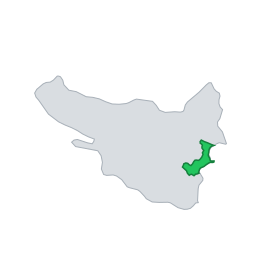 location of La Estrelleta within Dominican Republic, rotated 195°
{"feature_id": "DOM-1972", "entity_name": "La Estrelleta", "entity_type": "Province", "adm_level": 1, "iso_a3": "DOM", "parent_name": "Dominican Republic", "parent_adm1": "", "projection": "mercator", "projection_center": [-71.627, 18.975], "detail": "fine", "context": "in_parent", "style": "filled", "palette": "green", "viewbox_px": 256, "rotation_deg": 195, "n_neighbors": 0, "source": "natural_earth", "source_scale": "10m", "svg_char_len": 2262}
<svg xmlns="http://www.w3.org/2000/svg" viewBox="0 0 256 256"><g transform="rotate(195 128 128)"><path d="M41.4,170.2L41.7,160.8L43.1,157.0L41.8,153.0L35.8,148.7L32.1,143.2L28.8,138.3L29.6,137.6L36.1,137.4L38.4,135.6L42.8,130.6L43.7,126.6L43.3,123.6L40.4,119.9L39.3,116.1L42.8,112.7L47.4,107.8L48.1,106.0L48.0,104.1L42.6,98.9L42.2,96.7L44.7,91.1L44.5,87.4L42.0,75.8L40.8,74.1L43.2,73.1L44.8,69.7L46.9,66.6L49.7,64.9L52.8,63.9L59.1,64.0L67.8,66.7L70.3,66.6L78.6,64.2L85.5,62.8L92.0,64.4L94.7,66.5L100.0,69.8L102.7,70.8L111.2,70.7L113.6,71.0L120.7,76.5L126.7,78.7L130.2,78.8L136.4,76.7L139.5,76.8L143.1,81.5L143.8,88.2L146.8,94.3L151.3,98.2L173.8,96.5L178.8,99.7L177.0,102.4L173.9,103.8L163.2,103.2L158.5,103.5L157.6,106.1L157.6,108.6L163.8,109.2L169.9,110.4L176.2,112.4L182.5,113.7L189.7,114.6L196.7,116.0L208.4,120.8L221.4,131.7L224.9,134.1L227.2,137.6L226.1,141.8L221.4,148.6L218.8,150.8L215.0,152.2L212.4,155.0L209.8,159.8L208.3,160.2L206.5,160.0L203.4,157.3L201.1,153.1L194.9,149.2L187.4,149.7L176.5,147.4L169.9,148.5L163.2,148.7L156.4,147.6L149.6,147.1L142.8,148.6L136.2,151.1L133.8,152.7L129.5,156.6L127.3,158.1L111.2,160.1L106.6,157.2L102.3,153.3L96.1,152.7L87.1,155.8L81.5,156.9L79.2,158.2L78.6,159.7L78.6,165.1L77.3,168.5L68.6,181.0L63.6,189.8L61.6,192.6L59.3,193.2L55.0,188.1L52.2,186.3L48.8,185.3L47.4,182.6L47.4,178.8L46.5,175.1L44.4,172.1L41.4,170.2Z" fill="#d9dde1" stroke="#a8b0b8" stroke-width="1"/><path d="M36.3,118.4L36.2,117.4L37.1,116.7L39.9,116.0L40.6,115.5L42.9,112.9L44.6,110.6L45.4,109.9L47.2,108.6L47.9,107.6L48.2,106.6L48.4,103.2L47.7,102.8L48.6,102.0L49.7,101.3L50.9,100.9L51.3,99.8L51.9,99.0L53.3,99.4L54.6,99.8L55.7,99.2L56.6,98.2L58.8,99.6L60.5,101.9L62.9,103.1L65.3,104.4L64.9,106.1L64.8,107.9L63.1,109.2L61.1,109.3L59.4,108.3L57.5,108.0L56.4,110.0L55.8,112.5L54.9,114.3L53.3,114.8L51.7,114.9L50.5,116.0L49.2,118.9L48.7,122.0L49.7,123.2L49.0,126.0L50.2,126.8L51.3,127.7L51.7,129.0L51.7,130.4L52.7,131.5L54.2,131.9L54.8,133.5L54.1,135.3L50.7,134.6L47.2,134.3L43.5,133.7L40.5,133.4L42.0,132.5L42.7,131.8L43.4,130.8L43.8,129.8L44.0,128.8L44.1,127.7L43.7,125.4L43.6,123.1L43.3,122.1L42.9,121.5L41.7,120.4L41.2,119.8L40.4,118.2L39.9,117.8L38.6,117.7L37.3,118.2L36.3,118.4Z" fill="#22c55e" stroke="#15803d" stroke-width="1.5"/></g></svg>